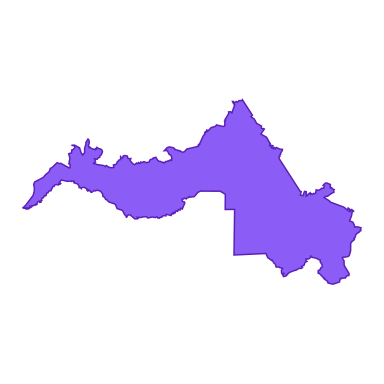 the district of Magdalena, Jalisco, Mexico
{"feature_id": "50627088B43040746826510", "entity_name": "Magdalena", "entity_type": "district", "adm_level": 2, "iso_a3": "MEX", "parent_name": "Mexico", "parent_adm1": "Jalisco", "projection": "mercator", "projection_center": [-104.086, 20.911], "detail": "fine", "context": "isolated", "style": "filled", "palette": "violet", "viewbox_px": 384, "rotation_deg": 0, "n_neighbors": 0, "source": "geoboundaries", "source_scale": "gbopen_adm2", "svg_char_len": 5980}
<svg xmlns="http://www.w3.org/2000/svg" viewBox="0 0 384 384"><path d="M332.9,284.2L339.5,282.0L340.3,278.4L341.7,278.7L342.2,278.1L345.3,278.0L347.1,275.6L348.9,275.6L349.1,273.6L344.2,265.4L344.0,260.6L343.0,259.5L342.4,257.5L347.8,256.6L349.2,255.7L350.6,251.0L350.7,243.3L352.1,241.4L354.0,240.0L354.4,239.3L354.0,238.4L354.7,238.1L356.2,234.1L359.2,232.1L359.6,231.2L360.9,230.7L360.6,228.6L361.0,227.8L357.9,226.9L354.6,226.9L354.3,225.0L352.8,222.1L349.6,220.9L351.5,215.9L352.2,212.0L353.6,211.1L351.8,209.5L350.2,211.6L348.9,211.0L350.0,209.5L348.2,208.0L347.4,210.0L343.8,207.1L330.4,202.1L329.4,200.9L324.1,197.5L325.4,196.5L327.7,196.2L331.6,193.3L333.9,192.3L333.7,190.4L334.2,189.6L332.7,189.0L331.6,187.6L330.5,188.0L330.2,187.5L330.4,184.5L326.9,183.0L325.4,183.1L323.4,185.0L323.1,185.5L324.4,186.1L323.7,188.2L321.7,188.3L319.5,190.0L317.8,190.3L316.2,189.8L315.7,192.8L314.8,193.7L313.8,193.4L312.6,194.3L311.6,193.7L310.2,195.0L310.7,194.3L310.2,192.8L308.0,194.3L307.7,195.2L306.2,196.2L306.2,191.6L304.5,191.4L302.9,195.7L300.4,195.1L301.2,191.6L300.1,191.2L279.0,158.4L279.3,156.3L279.9,156.2L279.8,155.0L280.6,154.4L280.6,153.1L282.1,150.9L282.5,149.4L279.8,149.1L276.4,147.5L275.5,148.8L274.5,147.5L273.8,147.7L273.5,148.7L271.3,147.6L273.0,146.1L272.9,145.6L269.6,145.7L270.0,144.7L269.7,143.6L270.2,143.7L266.5,137.2L260.9,134.1L264.3,129.0L263.5,128.6L263.1,129.0L261.2,128.0L261.5,126.1L256.7,123.4L254.3,119.1L250.9,116.7L252.4,115.2L242.4,99.8L242.2,100.3L241.0,100.6L239.0,100.6L237.3,102.3L236.2,101.5L234.2,103.2L233.6,101.5L232.5,101.5L233.6,103.8L234.7,104.7L231.9,112.9L230.5,111.7L228.6,111.9L228.8,113.3L225.0,119.7L225.4,120.4L224.5,121.1L224.9,122.6L224.7,125.9L223.0,126.5L216.5,124.9L215.5,126.3L211.1,127.6L208.1,130.8L206.8,130.0L206.5,130.8L206.9,131.6L206.0,132.0L205.9,131.5L205.0,132.2L204.6,133.0L205.0,133.9L203.3,135.8L199.1,144.9L198.5,144.6L198.4,145.0L199.0,144.9L197.8,146.1L198.1,146.4L186.8,149.0L184.4,151.7L182.5,152.3L179.6,150.6L178.7,150.9L178.1,150.3L174.9,149.6L174.6,148.6L173.3,147.7L169.4,146.9L167.2,147.6L164.3,150.7L165.8,150.6L166.4,150.0L167.8,151.6L169.2,154.5L170.9,155.2L171.8,157.8L171.7,160.2L171.2,160.5L170.2,159.9L168.7,161.1L168.2,160.8L166.5,161.6L165.7,161.5L164.1,163.1L162.9,162.1L162.1,162.4L160.2,161.3L158.9,161.3L157.4,159.9L155.9,157.3L153.2,158.0L152.3,159.1L150.2,159.6L149.0,162.0L148.4,162.2L146.0,162.7L145.2,162.0L143.4,161.7L142.2,162.7L140.7,162.0L140.0,163.4L139.3,163.4L138.6,162.6L137.7,163.6L136.7,163.0L134.5,164.7L133.1,163.9L130.1,160.6L130.8,158.5L129.1,158.7L127.7,158.1L127.4,156.1L124.6,155.5L123.3,155.9L122.7,158.0L122.1,157.3L121.1,157.8L120.6,157.0L120.5,159.5L118.5,160.4L118.6,160.9L117.2,162.0L116.3,164.2L113.4,165.0L113.9,167.4L111.3,167.8L108.4,167.0L106.3,165.5L105.1,166.6L103.9,165.6L96.8,164.5L95.1,163.6L93.7,163.6L93.7,163.0L95.6,161.9L94.6,158.8L97.2,159.3L98.0,158.0L99.7,157.3L100.0,155.8L101.4,154.6L102.5,151.7L102.0,150.2L100.8,149.1L98.8,148.6L96.9,147.4L96.4,149.1L95.8,149.5L95.3,148.8L94.9,149.6L91.7,148.6L89.8,147.2L89.2,147.4L89.4,146.8L88.3,146.0L89.2,143.3L89.2,141.4L88.9,140.1L88.0,139.0L85.8,142.6L86.0,143.9L84.6,148.3L84.6,153.0L83.4,153.7L82.8,155.0L81.4,153.5L79.5,147.7L78.8,147.9L78.4,147.2L74.4,145.1L71.4,145.3L74.6,145.9L74.8,147.8L73.3,149.4L71.7,150.0L71.6,152.8L68.7,153.7L69.9,158.4L69.1,162.1L69.7,162.9L68.8,163.8L70.2,165.0L69.9,167.6L69.3,168.0L60.7,163.3L59.1,163.5L57.1,162.7L52.0,167.6L50.3,168.4L49.1,171.8L45.7,174.5L43.4,177.3L34.6,182.0L33.7,184.3L34.4,188.5L34.1,192.0L33.0,195.6L25.9,205.0L23.0,207.8L24.1,208.3L25.0,207.9L25.5,208.6L26.7,207.8L27.1,208.1L26.7,209.0L28.2,209.0L28.7,208.7L28.6,207.9L29.7,208.1L29.9,206.3L31.0,207.3L31.9,206.6L31.8,205.7L33.4,205.7L34.6,204.8L35.2,205.2L36.1,204.8L36.1,204.2L37.0,204.3L37.2,202.7L38.6,201.3L39.4,201.3L39.8,202.4L41.0,202.1L40.5,201.0L41.9,200.5L41.5,199.3L42.3,198.0L43.5,197.6L44.4,195.7L45.2,195.9L46.2,195.3L46.7,193.0L48.1,192.7L48.7,191.2L51.1,190.6L51.3,189.1L51.9,188.8L53.0,186.4L54.2,186.3L54.6,185.1L55.8,184.5L58.5,184.9L58.7,184.1L59.9,184.3L60.7,183.6L59.4,182.6L61.3,180.0L67.6,181.4L70.6,181.0L71.5,181.5L72.0,181.1L74.1,181.2L73.8,182.7L77.7,184.0L79.1,186.5L79.2,187.7L80.4,187.5L81.3,188.6L81.5,187.9L82.3,187.4L84.0,187.4L86.6,188.6L86.9,190.1L87.6,189.9L87.7,190.7L88.7,190.0L88.8,190.8L90.0,190.7L90.8,192.1L91.8,192.3L94.1,190.5L95.2,191.0L97.0,190.2L100.5,191.1L102.7,194.1L102.8,196.2L104.6,197.4L105.6,199.4L106.8,199.8L108.7,201.9L115.3,204.2L117.1,208.6L122.5,210.4L124.6,214.7L125.9,215.7L126.2,217.1L126.6,217.3L128.0,215.1L130.1,214.8L134.8,218.9L137.7,218.8L138.3,218.1L137.5,217.3L140.6,217.5L144.8,216.6L147.0,217.0L147.5,217.9L148.2,217.9L152.4,217.0L155.3,217.6L156.8,216.6L157.8,218.0L158.8,217.7L159.2,218.2L160.8,217.2L161.7,217.3L162.5,216.1L164.2,215.6L165.9,215.9L166.2,214.3L171.1,215.5L171.7,213.5L172.9,213.9L173.5,212.3L174.7,212.6L174.6,213.1L175.2,212.8L176.1,210.7L177.7,211.3L178.4,209.5L180.0,210.1L180.7,208.3L182.3,209.0L184.8,203.1L184.5,202.0L182.4,201.4L182.1,199.1L183.4,199.0L184.2,198.2L186.2,198.9L186.5,198.3L188.9,197.3L189.2,196.6L190.0,197.2L194.3,196.6L198.1,192.2L200.7,191.1L220.2,191.2L225.3,194.3L225.2,209.5L234.6,209.4L234.0,255.0L265.9,253.5L267.7,257.6L271.3,260.2L272.0,260.0L272.1,260.8L272.9,261.1L273.6,262.7L275.2,264.1L276.2,267.1L279.3,267.0L279.7,267.6L282.4,268.3L281.4,270.3L281.5,272.9L282.2,274.0L284.4,272.9L282.7,274.8L283.5,276.6L286.0,276.0L286.5,274.8L287.5,274.8L287.6,273.9L289.8,272.3L295.2,270.2L295.7,270.4L299.1,268.4L301.0,268.5L302.5,267.6L301.7,266.4L304.1,265.2L305.0,262.4L306.9,261.4L306.1,260.9L305.9,258.9L308.0,259.1L309.6,258.3L310.7,257.3L310.9,256.1L312.4,257.4L316.3,258.2L318.7,259.6L320.2,259.9L320.2,261.9L322.2,264.9L322.1,266.7L321.5,267.6L320.8,267.8L319.8,270.0L318.2,270.5L318.2,273.3L319.3,273.4L323.0,277.3L324.3,278.1L324.6,278.6L324.2,278.9L327.5,281.3L328.0,283.0L332.9,284.2Z" fill="#8b5cf6" stroke="#5b21b6" stroke-width="1.5"/></svg>